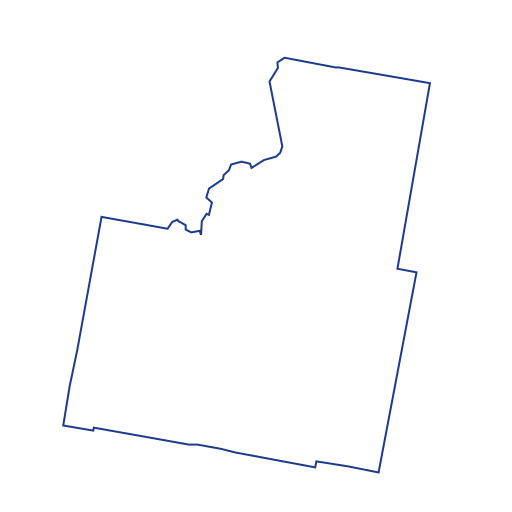 Itasca, Minnesota, United States of America (Robinson projection), rotated 100°
{"feature_id": "52423323B57415420837442", "entity_name": "Itasca", "entity_type": "district", "adm_level": 2, "iso_a3": "USA", "parent_name": "United States of America", "parent_adm1": "Minnesota", "projection": "robinson", "projection_center": [-93.745, 47.462], "detail": "fine", "context": "isolated", "style": "outline", "palette": "blue", "viewbox_px": 512, "rotation_deg": 100, "n_neighbors": 0, "source": "geoboundaries", "source_scale": "gbopen_adm2", "svg_char_len": 756}
<svg xmlns="http://www.w3.org/2000/svg" viewBox="0 0 512 512"><g transform="rotate(100 256 256)"><path d="M447.9,97.7L244.2,95.1L244.0,114.5L55.6,114.7L55.9,207.5L56.5,210.2L55.8,262.3L61.6,268.5L67.0,267.1L81.8,273.0L143.5,249.1L150.2,250.1L154.7,253.6L160.1,264.8L170.0,275.7L166.1,277.9L165.6,286.6L170.2,296.4L176.2,297.6L182.0,301.9L185.9,301.8L197.8,314.0L207.0,315.1L211.0,308.7L223.7,309.5L223.0,312.0L231.1,315.4L244.7,313.8L241.0,315.9L244.0,323.8L242.2,329.8L237.9,330.6L235.0,338.8L233.9,339.7L237.0,344.4L244.5,347.8L244.3,414.9L379.5,415.7L416.5,416.9L456.4,416.4L456.2,385.9L453.2,385.9L453.4,289.3L451.9,281.1L452.0,257.5L453.1,242.1L453.9,161.0L447.8,160.9L447.2,129.2L447.9,97.7Z" fill="none" stroke="#1e3a8a" stroke-width="2"/></g></svg>